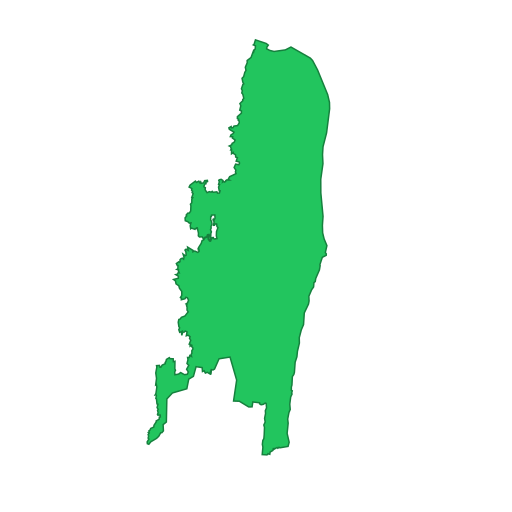 Bandarban, Chittagong, Bangladesh (Equal Earth projection), rotated 16°
{"feature_id": "16705992B23463827258150", "entity_name": "Bandarban", "entity_type": "district", "adm_level": 2, "iso_a3": "BGD", "parent_name": "Bangladesh", "parent_adm1": "Chittagong", "projection": "equal_earth", "projection_center": [92.198, 21.77], "detail": "fine", "context": "isolated", "style": "filled", "palette": "green", "viewbox_px": 512, "rotation_deg": 16, "n_neighbors": 0, "source": "geoboundaries", "source_scale": "gbopen_adm2", "svg_char_len": 6135}
<svg xmlns="http://www.w3.org/2000/svg" viewBox="0 0 512 512"><g transform="rotate(16 256 256)"><path d="M321.3,226.5L316.7,220.7L313.7,215.4L311.4,208.3L309.5,199.4L300.9,177.4L297.1,164.4L294.9,148.8L292.0,140.2L290.3,132.5L289.9,118.2L286.2,94.2L284.3,88.1L280.4,81.1L263.9,60.2L256.5,52.5L253.7,50.8L232.0,45.5L227.4,49.8L217.0,54.4L212.6,54.6L209.1,53.9L208.9,52.1L209.7,49.9L207.2,48.9L195.9,48.4L195.8,53.2L195.3,53.8L197.3,54.1L197.4,53.5L198.2,57.3L197.5,58.1L197.5,60.3L197.0,59.8L196.5,66.6L193.6,70.5L194.3,72.7L193.7,77.5L195.2,80.3L194.6,82.6L194.7,87.0L193.6,89.0L195.4,92.5L196.8,93.9L196.1,94.7L195.9,99.3L197.3,100.9L197.4,103.2L198.7,104.1L200.8,107.8L200.1,109.3L200.5,110.4L198.5,113.9L200.0,115.8L200.2,120.3L202.0,120.5L202.6,122.7L199.7,127.1L200.2,129.0L201.6,129.3L201.5,130.4L202.6,130.9L203.2,132.7L202.3,135.7L199.0,137.2L198.5,139.0L197.0,139.6L196.4,138.4L194.6,140.3L195.5,141.6L200.7,143.0L200.2,144.7L198.6,146.4L198.4,148.3L200.7,147.8L200.8,149.1L204.0,150.3L203.6,152.7L202.0,154.3L202.0,155.8L200.0,157.6L201.3,157.8L202.6,159.7L202.5,160.9L203.2,160.5L204.3,164.5L205.6,162.9L205.7,163.6L208.4,164.3L209.2,166.5L211.0,166.6L210.8,170.3L213.8,170.2L214.6,171.2L214.3,173.0L211.1,173.3L210.6,177.0L213.0,179.0L213.0,180.8L214.1,182.3L208.8,187.0L208.1,190.0L209.3,190.3L206.8,191.0L206.1,192.0L206.3,192.7L205.2,193.7L204.1,193.2L203.5,194.1L203.3,192.5L201.4,191.9L199.6,192.9L199.4,193.8L200.3,194.6L200.3,197.5L201.3,197.5L201.0,200.1L202.7,203.5L203.5,203.3L203.5,205.6L201.7,206.2L200.7,205.1L197.2,206.6L196.1,205.9L195.3,207.0L193.4,207.0L191.5,208.6L188.8,206.3L188.5,204.3L187.1,204.0L186.7,203.2L187.0,200.9L188.0,200.3L187.4,199.0L188.9,197.8L188.4,196.7L185.9,197.7L185.4,200.2L183.3,201.3L182.4,200.0L182.0,201.2L180.4,199.8L178.5,201.7L177.1,200.7L173.1,206.0L172.7,208.2L175.7,208.8L175.9,210.5L177.2,211.3L177.1,212.7L178.4,213.3L178.1,217.5L179.1,217.4L178.6,219.0L179.6,222.5L178.7,224.3L179.6,225.7L180.8,230.7L180.1,233.1L178.6,233.6L177.6,235.9L178.3,236.6L177.3,238.9L178.3,241.6L181.0,241.8L182.8,242.8L184.3,242.1L184.4,245.0L185.7,247.8L186.3,247.0L190.0,247.2L190.1,246.3L191.2,246.1L191.2,245.3L191.8,245.1L194.4,249.9L195.0,252.5L196.4,253.3L199.0,252.4L201.0,254.3L201.5,252.3L203.4,251.0L203.5,248.9L204.9,248.2L205.6,249.0L205.6,252.7L207.6,253.7L207.7,252.0L206.4,246.8L206.5,245.1L205.0,243.3L205.2,241.4L204.6,240.3L204.9,237.4L203.7,234.9L202.5,234.0L201.6,230.6L202.2,230.3L202.0,228.9L205.1,227.9L206.2,230.9L205.8,233.3L204.8,232.4L204.7,233.1L206.3,234.6L206.7,238.2L207.6,237.9L208.1,236.3L209.3,236.0L210.4,238.5L211.6,239.1L211.3,243.5L212.3,247.5L213.7,250.0L211.4,251.1L210.2,250.9L209.9,250.0L208.8,250.4L208.2,254.3L207.3,254.5L205.2,252.8L205.2,249.0L204.0,249.0L203.7,251.4L201.8,252.8L201.3,254.9L199.9,256.1L199.9,258.8L198.5,263.6L198.8,264.4L198.3,264.7L198.9,266.1L199.7,265.9L200.0,267.2L199.1,268.6L195.8,268.1L194.2,269.3L194.0,268.0L187.8,266.3L189.3,269.3L186.9,268.7L186.1,269.9L187.5,271.4L188.6,274.5L187.8,275.2L185.4,274.3L187.1,276.9L187.3,279.0L185.8,278.4L184.6,279.3L184.0,280.5L184.5,282.4L184.0,283.2L183.3,282.9L181.5,285.2L183.0,286.9L183.7,286.7L184.4,289.8L183.6,290.7L185.3,290.6L185.4,291.6L186.8,293.3L185.8,293.4L185.5,295.1L184.0,296.0L187.0,296.8L187.4,298.8L183.2,301.3L185.5,302.2L186.8,304.8L190.0,305.9L191.3,308.1L194.4,310.5L195.5,314.3L194.8,316.8L196.0,317.2L196.3,318.6L199.5,316.7L200.0,315.0L201.6,315.1L203.3,317.1L203.1,320.0L201.9,321.4L203.1,321.9L202.9,322.9L203.8,324.0L204.6,327.0L206.2,328.4L204.2,333.3L201.2,335.5L200.4,337.6L199.3,338.3L199.5,341.1L201.3,345.1L202.4,346.1L202.1,348.1L203.7,350.4L205.7,348.7L205.6,350.4L206.5,352.7L206.6,349.4L208.0,348.9L208.6,347.6L210.7,348.0L211.0,351.9L212.5,350.9L214.9,351.7L214.8,353.5L216.5,355.0L216.1,359.1L216.9,359.0L217.5,360.7L218.3,359.4L219.0,359.5L219.0,360.7L220.6,361.7L221.0,362.9L220.4,364.7L221.2,367.3L220.7,368.5L221.7,370.3L219.8,369.9L219.8,372.0L218.2,372.4L219.2,374.5L219.3,378.4L221.5,379.6L220.5,384.0L222.9,386.1L222.6,388.6L219.9,389.8L215.7,388.8L214.1,390.9L210.8,392.5L209.8,389.9L210.1,388.0L209.1,386.9L207.1,379.5L205.7,380.4L204.7,377.6L201.6,378.4L200.7,377.6L198.4,380.1L198.5,382.4L198.0,383.3L198.5,384.5L195.9,386.7L195.2,389.1L194.3,389.4L193.3,387.8L190.6,388.8L191.3,390.2L191.9,396.1L194.1,401.0L195.1,407.5L195.6,406.9L196.8,409.3L197.7,415.8L197.4,417.2L198.0,416.8L198.7,417.6L199.0,420.6L199.7,420.8L201.6,425.5L202.6,425.5L202.7,429.0L204.3,430.4L203.9,431.5L205.2,433.8L204.9,435.3L205.5,436.0L207.8,435.3L208.4,437.1L207.5,437.5L207.9,439.6L205.5,442.1L205.8,443.0L204.6,446.8L204.9,448.6L202.3,450.8L202.1,452.6L201.3,453.5L201.9,454.5L201.1,455.3L202.1,455.9L201.5,457.4L202.4,458.6L202.5,460.8L203.5,461.5L202.6,464.7L203.3,466.4L204.9,466.5L206.1,463.6L210.7,458.7L212.2,456.1L213.1,452.2L214.2,451.8L215.2,449.6L213.2,443.7L215.6,440.3L209.7,418.0L213.4,410.7L226.1,402.7L225.3,392.9L229.0,388.9L228.9,378.9L235.0,378.1L236.4,381.8L237.8,380.6L239.6,382.5L241.2,381.2L244.8,382.2L245.2,381.8L244.8,379.4L244.1,380.3L244.3,377.5L246.1,377.4L247.3,376.1L248.8,365.0L258.9,360.3L271.6,380.6L274.4,401.6L280.0,400.2L290.6,403.1L293.8,402.1L293.2,397.2L299.9,396.1L300.2,397.1L301.9,397.6L303.9,396.6L305.4,394.8L306.4,394.9L308.0,399.1L307.6,402.1L308.6,404.8L309.0,409.7L310.6,413.1L310.1,416.3L311.4,418.4L313.1,425.4L313.9,429.4L313.4,431.4L314.0,435.3L315.3,437.8L316.7,445.2L321.1,444.2L321.9,443.7L322.0,442.7L323.9,442.8L323.6,440.6L325.8,438.3L325.7,436.4L326.4,436.1L326.6,436.8L329.0,434.3L330.0,434.8L330.8,433.5L331.8,433.8L339.3,430.2L339.2,425.9L334.8,417.9L333.0,407.9L331.4,404.0L330.8,397.3L331.2,394.1L329.3,389.1L328.2,381.9L328.7,378.7L328.1,378.2L328.0,375.6L327.0,375.4L326.1,372.2L326.1,370.1L324.2,361.9L325.0,359.5L325.0,357.3L322.9,347.3L323.1,341.6L322.1,336.2L321.7,327.7L320.1,322.6L319.9,314.5L320.6,308.8L318.1,297.4L319.7,287.8L319.4,284.6L317.9,280.1L318.8,273.0L319.9,269.9L319.0,265.5L320.0,264.3L319.6,261.1L320.8,251.9L320.3,247.5L319.8,246.9L320.1,239.0L323.3,236.0L323.0,234.6L321.7,233.6L321.3,226.5Z" fill="#22c55e" stroke="#15803d" stroke-width="1.5"/></g></svg>